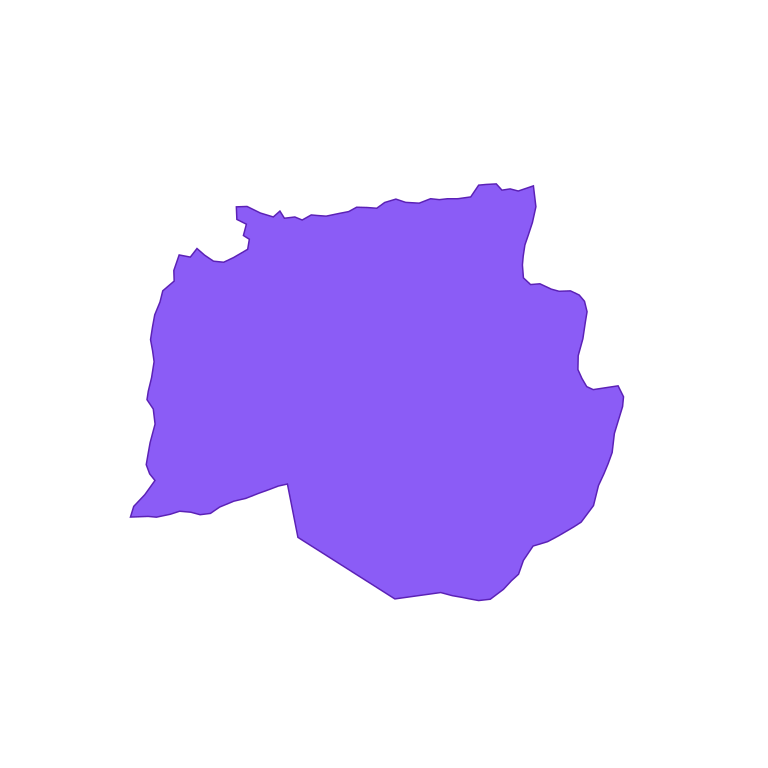 Terra Roxa, São Paulo, Brazil (Equal Earth projection), rotated 32°
{"feature_id": "56859067B22989261548465", "entity_name": "Terra Roxa", "entity_type": "district", "adm_level": 2, "iso_a3": "BRA", "parent_name": "Brazil", "parent_adm1": "São Paulo", "projection": "equal_earth", "projection_center": [-48.359, -20.777], "detail": "fine", "context": "isolated", "style": "filled", "palette": "violet", "viewbox_px": 768, "rotation_deg": 32, "n_neighbors": 0, "source": "geoboundaries", "source_scale": "gbopen_adm2", "svg_char_len": 1718}
<svg xmlns="http://www.w3.org/2000/svg" viewBox="0 0 768 768"><g transform="rotate(32 384 384)"><path d="M239.5,631.2L254.1,621.3L261.6,617.5L271.8,607.7L278.1,600.2L288.1,595.1L297.3,592.3L305.4,585.7L309.8,575.5L318.7,563.0L327.5,554.1L335.5,543.3L342.9,533.9L348.4,526.6L355.1,520.0L392.3,559.7L507.1,560.5L542.6,530.8L554.1,527.3L563.5,523.5L570.1,521.0L579.0,517.5L588.2,510.2L594.1,494.8L596.3,483.4L598.9,474.0L595.7,459.7L596.3,442.4L606.3,431.0L612.5,420.2L620.7,404.5L624.4,396.6L626.1,376.1L619.7,356.5L618.1,343.6L616.3,332.8L613.8,321.2L605.6,303.9L598.3,276.7L593.9,267.9L583.5,261.5L564.4,277.9L557.3,278.8L548.9,274.4L540.8,269.0L533.7,257.1L528.7,240.3L522.0,224.9L517.9,215.1L510.2,207.6L502.4,205.1L492.8,206.2L483.3,212.6L475.6,214.9L463.1,216.4L455.6,222.0L446.0,220.1L438.3,209.7L434.3,201.8L429.8,191.4L427.4,181.0L424.3,168.4L418.9,153.2L405.7,136.8L395.6,149.2L387.6,151.7L381.3,157.1L373.2,154.8L364.8,160.7L358.9,165.2L358.4,179.4L348.5,187.7L339.6,193.3L333.3,198.3L325.3,202.2L318.0,212.0L306.1,218.5L296.1,220.9L288.4,229.7L284.7,238.8L276.3,243.2L267.1,248.6L262.7,256.5L255.7,263.0L246.0,272.3L239.0,276.0L232.7,279.2L227.7,288.3L219.9,289.6L211.7,296.2L204.1,292.5L201.6,301.0L188.6,304.5L173.8,306.0L164.9,312.0L172.0,322.4L182.6,321.4L186.1,332.6L193.1,332.6L197.0,342.0L189.4,356.5L183.5,365.7L174.3,370.2L163.5,369.8L153.6,368.2L152.5,379.0L141.9,383.1L145.6,399.1L151.5,407.9L147.0,422.2L150.6,433.2L152.9,446.8L157.4,458.2L162.5,470.1L170.1,478.4L177.2,486.9L183.5,501.7L187.9,515.0L191.3,522.9L201.6,527.5L211.1,539.3L216.7,557.6L220.7,567.6L225.1,578.4L232.9,584.4L240.9,587.2L239.8,604.6L236.6,620.4L239.5,631.2Z" fill="#8b5cf6" stroke="#5b21b6" stroke-width="1.5"/></g></svg>